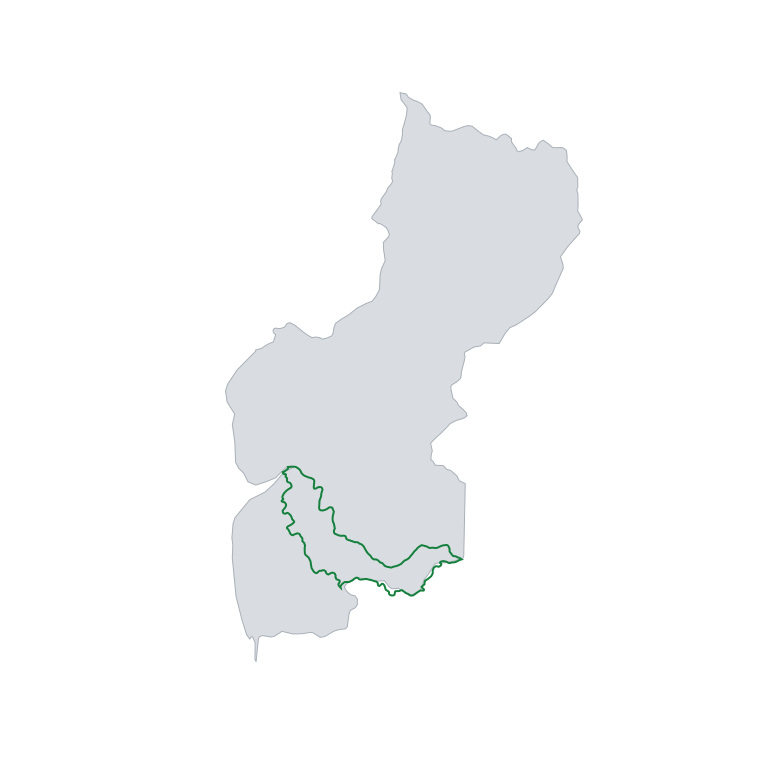 VII-1 Cuyuni, Cuyuni-Mazaruni, Guyana (highlighted), rotated 219°
{"feature_id": "73187651B99697298922199", "entity_name": "VII-1 Cuyuni", "entity_type": "district", "adm_level": 2, "iso_a3": "GUY", "parent_name": "Guyana", "parent_adm1": "Cuyuni-Mazaruni", "projection": "natural_earth1", "projection_center": [-59.979, 6.583], "detail": "fine", "context": "in_parent", "style": "outline", "palette": "green", "viewbox_px": 768, "rotation_deg": 219, "n_neighbors": 0, "source": "geoboundaries", "source_scale": "gbopen_adm2", "svg_char_len": 9670}
<svg xmlns="http://www.w3.org/2000/svg" viewBox="0 0 768 768"><g transform="rotate(219 384 384)"><path d="M258.2,357.7L243.4,338.7L228.6,319.6L214.0,300.8L213.0,298.3L219.1,289.3L224.6,282.9L229.2,279.3L231.3,276.1L229.7,262.3L229.8,257.3L227.6,251.9L226.1,245.9L227.9,240.8L230.1,237.3L233.0,235.9L239.8,234.7L244.6,234.2L246.3,232.2L249.1,229.8L252.7,229.7L259.9,231.4L263.2,228.3L269.1,224.2L282.4,217.1L285.3,212.4L287.4,205.2L287.2,201.8L285.8,200.6L282.5,199.4L277.5,199.2L273.4,201.1L269.3,200.1L265.8,195.6L265.6,192.0L267.7,186.8L266.5,183.3L259.8,172.4L259.9,169.4L264.7,164.5L267.4,160.3L271.2,150.4L274.1,147.0L283.4,145.9L285.7,143.7L290.4,138.5L297.5,132.4L307.6,127.6L310.5,118.9L312.3,116.5L320.3,111.9L321.7,109.4L321.5,107.3L308.6,87.6L311.2,89.0L321.2,101.8L326.7,104.6L327.9,104.6L327.9,101.3L333.0,102.7L346.2,111.5L365.4,125.9L392.4,153.3L400.1,163.7L405.3,168.6L413.4,180.5L415.7,186.4L415.5,209.6L408.4,225.3L406.7,237.1L406.3,252.8L402.2,261.8L407.7,256.9L409.3,242.7L414.0,234.1L420.1,224.7L428.2,222.4L436.9,226.4L444.0,227.1L450.2,229.9L463.4,245.0L476.3,257.0L481.0,266.6L494.7,271.4L502.8,278.9L505.4,285.5L507.0,302.6L504.4,328.5L505.1,329.8L501.4,334.9L500.7,338.1L498.4,343.8L496.5,347.0L499.2,354.1L502.3,354.4L503.5,355.3L504.3,356.7L504.1,358.2L502.9,359.6L499.9,361.3L497.1,365.5L497.4,370.0L495.7,372.4L490.0,373.6L479.0,373.6L473.5,374.0L469.2,374.7L466.4,377.7L462.7,379.7L459.9,380.2L457.4,383.6L454.9,388.5L455.7,391.8L458.3,396.2L459.8,400.8L457.8,408.1L455.6,413.8L454.4,418.1L452.6,426.4L448.4,435.6L445.3,440.8L445.4,446.5L446.9,454.5L455.6,466.2L458.4,471.8L460.8,480.8L468.6,487.9L473.6,493.6L473.1,501.1L473.8,503.5L476.8,505.4L480.6,506.9L484.7,506.7L488.3,506.1L489.2,505.0L497.7,504.9L498.6,506.8L499.1,517.7L499.5,522.1L501.5,523.8L502.7,526.5L502.8,529.0L503.2,535.1L504.4,538.3L504.3,544.8L505.1,547.2L507.5,548.8L510.4,553.4L511.6,554.0L512.1,555.7L514.7,562.3L516.0,564.3L516.9,564.6L517.2,566.9L519.1,573.1L520.3,574.6L522.7,579.1L523.7,584.1L526.8,589.7L530.0,593.6L531.5,597.7L535.6,606.7L539.5,613.0L544.9,614.7L549.4,615.6L552.2,618.0L555.0,620.6L552.0,621.8L549.3,623.4L545.6,622.2L540.5,622.9L535.2,624.7L530.3,625.5L521.0,622.7L518.2,622.3L516.3,621.1L512.5,615.5L510.6,614.8L505.7,617.5L499.7,619.3L496.8,618.9L493.4,620.8L490.2,623.3L484.0,634.2L480.9,638.1L477.5,639.8L470.7,639.8L463.5,640.2L458.0,642.8L453.0,644.1L450.4,644.3L449.6,650.3L448.4,653.1L446.8,654.7L442.9,655.1L439.3,654.9L437.2,652.4L433.2,651.2L429.6,650.3L427.3,648.9L425.5,649.2L423.9,651.7L422.7,653.8L421.6,657.8L416.3,659.0L414.0,661.2L415.3,668.6L414.7,671.4L413.6,673.7L407.1,674.1L401.5,673.9L398.3,676.6L394.4,679.8L392.0,680.4L389.1,680.2L385.3,676.5L381.7,672.0L372.5,668.9L363.4,666.3L357.4,659.1L356.0,655.6L353.2,654.1L346.1,645.6L342.2,640.2L337.9,638.7L333.1,636.4L333.3,632.5L332.9,628.7L330.8,627.1L327.9,626.1L326.8,624.0L327.1,619.0L327.7,606.2L326.9,593.9L320.3,589.6L317.5,586.7L312.6,568.5L310.2,560.3L310.1,554.2L311.8,536.1L313.6,528.2L318.7,512.5L321.6,507.2L321.8,503.2L321.5,498.0L320.0,487.9L328.5,481.6L332.2,478.9L332.8,474.6L337.4,469.2L339.4,464.1L341.1,460.0L340.6,457.9L338.6,456.7L336.3,452.8L331.3,441.7L329.5,439.5L328.0,436.4L328.8,431.5L330.7,426.2L330.5,423.9L327.5,421.1L321.4,416.3L316.4,415.9L312.5,414.2L306.7,414.0L302.1,413.4L299.5,411.7L300.0,408.7L301.2,406.5L305.0,400.9L307.6,394.9L308.0,389.1L308.8,381.5L309.9,374.8L310.5,367.3L304.4,362.4L302.5,358.3L299.9,354.7L297.2,354.7L293.0,353.2L286.5,357.9L281.4,357.1L277.8,358.8L269.7,358.5L264.5,356.2L258.2,357.7Z" fill="#d9dde1" stroke="#a8b0b8" stroke-width="1"/><path d="M392.1,232.7L391.4,231.7L390.1,231.3L389.6,230.7L390.1,229.1L389.7,228.5L389.0,228.5L388.4,228.7L387.1,229.4L386.4,229.4L385.0,229.1L384.3,228.7L383.8,228.2L383.4,227.3L383.0,225.6L383.0,224.7L383.1,223.8L383.0,221.7L382.0,220.8L381.4,220.5L380.8,220.3L380.2,220.4L379.5,220.8L379.0,221.3L378.3,222.6L377.9,223.1L376.7,223.4L375.9,223.4L375.1,223.2L374.2,223.2L372.8,222.7L371.7,222.1L370.4,221.2L369.8,221.0L369.0,221.0L367.6,220.7L367.0,220.3L366.9,219.6L367.0,218.9L367.3,217.2L368.1,215.0L369.1,212.8L369.2,212.0L369.0,211.2L368.5,210.8L367.7,210.8L367.0,210.7L365.6,210.3L363.2,209.0L362.0,208.6L361.4,208.5L360.1,208.9L359.5,209.3L359.4,210.0L358.0,212.5L357.5,213.3L356.3,213.9L355.6,214.2L354.8,214.1L353.0,213.2L350.8,212.9L350.3,212.6L349.8,212.2L349.0,211.0L348.4,210.5L345.8,210.2L345.3,209.7L344.2,209.1L343.6,208.7L342.8,207.1L340.6,204.4L339.0,202.7L337.7,201.9L337.0,201.8L335.7,201.8L334.4,201.7L333.9,201.7L333.1,201.6L332.4,201.4L331.7,200.9L329.8,200.1L329.1,199.6L328.0,198.5L326.8,197.4L324.7,195.6L324.0,195.2L321.2,194.2L320.4,194.0L319.2,193.9L317.9,194.3L317.4,194.6L317.1,195.2L316.8,197.6L316.4,198.4L315.3,199.2L314.9,199.8L314.6,200.5L313.6,201.4L312.9,201.6L311.5,201.7L310.8,201.2L310.1,200.8L308.6,200.5L308.0,200.7L307.4,200.9L306.5,202.9L306.4,203.6L305.6,204.7L304.3,205.5L303.7,205.6L303.0,205.6L302.4,205.4L301.7,205.0L301.1,204.8L300.3,203.5L299.4,203.1L298.9,202.6L298.2,202.4L297.6,202.5L296.3,203.0L295.0,203.3L294.3,202.9L293.9,202.3L293.7,201.4L293.7,200.6L293.5,199.7L292.9,199.2L292.2,198.8L291.1,198.6L289.4,198.4L290.1,199.0L290.6,199.5L290.7,200.4L290.6,201.2L290.7,202.0L290.1,204.9L289.7,205.5L289.0,206.2L287.1,207.6L286.6,208.1L286.2,208.7L286.0,209.5L285.1,211.2L284.8,212.1L284.7,213.1L284.4,214.2L283.8,215.8L283.3,216.3L282.4,216.8L281.7,216.9L281.0,216.6L280.4,216.6L279.5,217.0L278.7,217.6L275.8,220.7L275.2,221.3L274.6,221.6L272.3,222.7L270.8,223.5L265.6,225.5L265.0,225.7L263.6,225.4L262.4,224.2L261.8,223.8L261.1,223.8L260.5,224.1L260.2,225.1L260.0,227.0L259.7,227.7L259.0,228.0L258.4,228.0L256.8,227.7L256.1,227.1L255.2,226.7L254.0,225.7L253.4,225.4L252.8,225.2L251.3,225.5L249.7,225.6L249.0,225.3L248.6,224.7L247.9,224.1L247.3,223.9L246.5,223.9L245.8,224.1L245.1,224.4L244.4,224.9L243.9,225.4L243.5,226.0L243.2,226.8L243.5,227.4L244.0,228.2L244.7,229.6L244.6,230.3L243.8,231.0L243.2,231.4L241.8,232.8L241.4,233.5L241.1,234.2L240.7,234.8L240.1,235.1L237.4,235.3L236.1,235.2L234.3,235.6L232.9,236.1L231.6,236.0L230.9,236.1L230.3,236.4L229.7,236.7L228.4,238.0L228.1,238.8L227.1,242.4L226.4,244.7L226.2,245.4L225.7,246.4L225.2,247.0L223.8,247.8L223.2,248.5L223.5,249.3L224.0,249.6L226.4,249.7L227.1,250.0L227.0,251.1L226.6,253.2L226.5,253.9L227.1,254.6L227.7,255.3L227.8,256.1L228.2,256.8L228.1,257.7L227.2,260.0L226.5,263.5L226.4,264.6L226.9,267.3L227.4,268.1L228.5,269.3L229.2,270.7L229.5,271.7L229.6,272.8L229.5,273.5L229.3,274.3L228.9,275.1L228.3,275.6L226.8,276.2L226.3,276.7L225.9,277.6L225.7,278.4L225.8,279.1L226.0,279.9L226.5,280.2L227.9,280.3L228.2,281.0L228.0,281.7L227.6,282.4L227.0,283.1L226.3,283.8L224.8,284.6L224.0,285.0L223.2,285.3L222.5,285.3L220.7,285.8L220.0,286.5L219.1,287.8L217.2,289.6L216.7,290.2L216.3,290.8L215.9,291.5L214.9,294.0L214.0,295.5L213.3,296.6L215.8,296.4L217.7,295.6L219.9,295.2L221.8,293.9L222.7,293.9L224.0,294.1L224.9,294.5L226.8,294.8L227.5,295.1L228.0,295.5L228.9,296.7L229.5,297.3L232.1,298.6L233.4,298.6L234.0,298.3L234.5,297.9L235.6,296.7L236.3,296.1L237.6,294.2L239.4,290.5L240.1,289.6L240.8,288.8L242.8,287.7L243.6,287.0L245.3,285.3L246.7,284.9L247.5,284.8L248.4,284.7L250.5,283.7L251.3,283.5L253.3,282.4L253.9,281.0L254.3,279.6L254.7,277.9L254.8,276.8L254.7,275.6L254.9,274.6L255.1,272.5L255.0,270.5L254.9,269.7L255.1,268.1L255.0,266.3L255.1,264.1L255.7,262.2L256.0,261.4L256.8,260.0L257.1,258.7L257.4,255.4L257.6,254.6L258.6,252.4L259.6,250.6L259.9,250.1L261.2,248.7L261.6,247.9L262.8,246.0L264.0,245.2L265.4,244.6L266.2,244.0L268.0,243.4L268.7,243.2L269.3,243.2L270.8,243.5L272.6,243.7L273.2,243.6L273.9,243.2L274.6,242.9L277.3,243.2L278.4,243.1L280.0,242.6L281.1,241.5L281.8,241.3L283.4,241.1L284.8,241.4L286.3,242.0L288.7,242.1L290.8,242.4L292.9,243.1L293.6,243.4L294.8,243.8L296.8,244.7L297.5,245.0L298.4,245.0L299.1,245.2L300.5,245.2L301.8,244.9L302.5,244.5L303.8,244.5L304.6,244.5L305.3,244.2L307.1,242.7L307.8,242.4L308.5,242.3L309.1,242.0L309.7,241.9L311.1,241.2L312.0,241.1L313.2,240.4L314.7,240.0L315.4,240.0L316.1,240.2L317.8,241.3L318.5,241.4L320.0,240.7L321.0,239.7L321.6,239.1L324.0,237.8L326.8,237.1L327.4,236.8L328.1,236.7L329.4,237.2L330.5,238.3L330.8,238.9L331.2,240.6L331.7,241.1L332.3,241.6L333.4,242.6L334.0,243.0L335.2,244.0L335.8,244.3L336.5,244.5L337.1,244.9L339.0,246.7L340.5,248.8L341.9,251.7L342.7,253.3L345.2,254.6L345.8,255.1L346.4,255.2L347.0,255.1L348.1,254.5L348.6,254.0L349.0,253.4L349.4,251.8L349.6,251.1L350.3,249.6L350.7,248.9L351.2,248.3L352.0,247.1L353.8,246.0L354.5,245.8L355.6,246.1L356.9,247.4L358.8,250.2L360.6,252.5L361.2,254.2L361.5,254.9L361.9,256.4L362.6,257.7L363.8,259.5L364.1,260.3L364.5,261.0L365.2,263.1L365.8,263.6L367.0,264.2L367.8,264.2L368.5,263.9L369.8,262.9L370.6,261.6L370.7,260.9L371.4,259.6L372.5,258.8L373.2,259.2L373.8,259.7L374.9,261.5L375.4,262.0L376.0,263.2L377.3,264.9L377.9,265.3L378.5,265.5L379.8,265.4L381.3,265.1L382.6,264.5L383.2,264.2L385.4,263.4L387.0,263.0L387.8,262.7L388.6,262.6L390.1,262.6L392.3,262.9L393.5,263.6L395.6,264.4L397.6,264.4L398.9,264.2L399.8,264.2L400.4,264.0L401.0,263.7L403.5,261.9L406.4,259.1L405.8,258.8L405.3,257.4L405.6,256.8L405.7,255.7L406.2,254.4L406.3,253.9L406.2,253.4L406.3,253.1L406.7,252.8L407.1,252.2L407.3,251.7L405.5,250.9L404.8,251.1L404.4,251.6L403.8,252.0L403.1,251.8L402.7,251.1L402.4,250.3L401.9,249.9L400.5,249.9L399.8,249.6L399.5,248.9L399.1,248.4L398.6,247.9L398.0,247.4L397.5,247.3L396.8,247.3L396.2,247.6L394.8,248.0L394.1,247.9L392.8,247.4L391.6,246.5L391.2,245.9L391.0,245.1L392.2,241.6L392.8,239.0L392.8,238.1L392.9,235.8L392.8,235.1L392.5,234.5L392.4,233.5L392.1,232.7Z" fill="none" stroke="#15803d" stroke-width="2"/></g></svg>